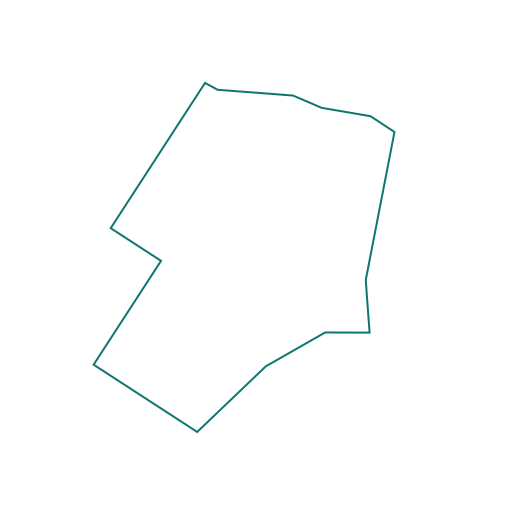 the district of 82, Ar Rayyān, Qatar, rotated 303°
{"feature_id": "91078587B69331061466095", "entity_name": "82", "entity_type": "district", "adm_level": 2, "iso_a3": "QAT", "parent_name": "Qatar", "parent_adm1": "Ar Rayyān", "projection": "natural_earth1", "projection_center": [51.205, 25.205], "detail": "fine", "context": "isolated", "style": "outline", "palette": "teal", "viewbox_px": 512, "rotation_deg": 303, "n_neighbors": 0, "source": "geoboundaries", "source_scale": "gbopen_adm2", "svg_char_len": 403}
<svg xmlns="http://www.w3.org/2000/svg" viewBox="0 0 512 512"><g transform="rotate(303 256 256)"><path d="M76.4,179.0L76.4,302.5L168.8,324.3L229.5,355.6L253.6,393.0L272.4,378.7L295.7,361.1L382.0,326.2L435.4,304.6L435.4,304.4L435.6,275.9L416.0,230.4L414.6,222.1L410.7,199.6L374.5,133.3L373.4,119.0L350.8,119.0L200.2,119.0L200.2,179.0L76.4,179.0Z" fill="none" stroke="#0f766e" stroke-width="2"/></g></svg>